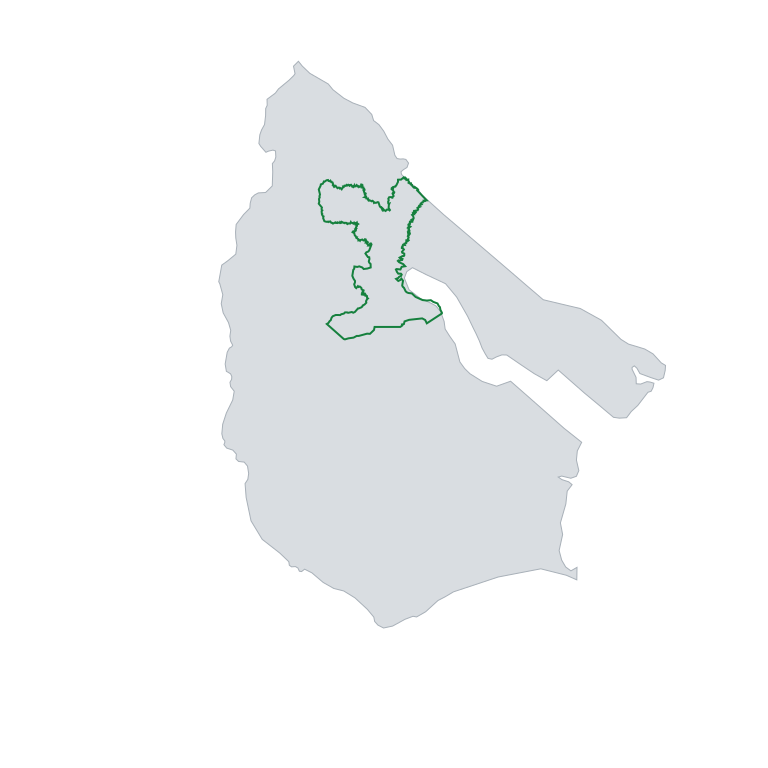 Tambacounda, Tambacounda, Senegal shown in context, rotated 220°
{"feature_id": "50182788B74600736318601", "entity_name": "Tambacounda", "entity_type": "district", "adm_level": 2, "iso_a3": "SEN", "parent_name": "Senegal", "parent_adm1": "Tambacounda", "projection": "orthographic", "projection_center": [-13.284, 13.521], "detail": "fine", "context": "in_parent", "style": "outline", "palette": "green", "viewbox_px": 768, "rotation_deg": 220, "n_neighbors": 0, "source": "geoboundaries", "source_scale": "gbopen_adm2", "svg_char_len": 9144}
<svg xmlns="http://www.w3.org/2000/svg" viewBox="0 0 768 768"><g transform="rotate(220 384 384)"><path d="M576.3,356.1L584.7,370.8L582.9,377.9L581.0,388.2L585.8,395.7L591.4,400.6L595.4,405.0L599.8,411.2L600.5,423.6L599.8,432.5L602.7,436.5L605.1,441.6L604.6,445.8L603.1,449.6L597.8,454.6L596.9,463.9L605.6,475.0L611.2,481.1L611.2,484.6L612.8,488.4L616.9,492.8L619.4,491.8L622.2,488.1L623.4,485.6L630.9,486.7L634.4,487.8L639.3,495.1L641.1,499.9L642.3,506.0L647.3,513.6L651.7,519.0L652.6,522.4L656.6,526.9L654.2,537.0L654.5,542.2L652.0,555.8L651.4,562.2L651.6,564.5L657.6,569.3L657.0,576.2L651.0,575.0L640.5,574.3L619.5,578.0L612.3,576.6L598.5,577.1L588.7,579.2L576.3,583.7L566.6,582.6L561.3,579.1L554.5,579.4L546.7,577.5L538.4,574.1L530.9,572.4L522.7,566.2L518.9,565.1L516.2,566.7L514.0,568.8L511.6,570.1L507.2,569.0L505.6,564.7L506.9,560.6L507.4,557.5L505.3,555.8L500.3,555.3L492.3,555.3L479.3,554.0L476.4,553.2L447.4,552.1L417.4,551.9L391.9,551.7L359.8,551.4L337.2,551.1L316.2,550.9L299.8,559.1L282.1,568.0L258.4,572.6L231.2,570.5L222.4,571.7L213.4,575.6L206.7,578.4L197.3,580.0L185.2,578.4L180.3,579.2L177.3,575.1L173.9,568.4L176.1,563.5L183.6,560.5L194.7,556.5L200.5,558.7L203.9,558.8L204.6,556.2L203.5,554.8L195.2,551.1L190.9,546.3L187.3,549.0L184.1,554.8L181.5,556.5L177.7,558.1L175.6,554.1L174.7,550.2L176.5,547.3L175.8,530.7L176.9,521.9L176.5,514.1L181.8,509.1L186.8,506.0L206.3,506.0L224.4,505.9L241.8,506.3L259.5,506.7L261.4,491.2L267.1,490.1L275.5,488.5L291.2,486.8L308.6,485.1L312.4,482.1L315.3,477.0L317.2,472.4L320.8,470.5L325.6,472.1L332.0,474.6L338.6,478.3L346.2,481.9L351.3,484.1L363.4,489.6L384.2,497.3L401.3,500.4L422.0,494.9L437.0,491.4L438.8,484.7L436.5,478.2L425.4,472.3L410.3,472.9L405.7,474.5L398.6,476.4L394.4,477.2L387.2,475.8L378.2,470.6L372.5,465.4L364.6,462.9L355.2,460.4L340.1,449.7L332.2,447.7L324.8,447.1L310.4,449.1L296.3,454.7L288.8,467.5L274.8,467.2L245.0,466.5L217.7,465.8L195.1,466.4L192.9,457.0L187.7,449.4L179.1,442.9L177.3,437.0L180.3,431.9L188.7,427.7L190.7,424.7L186.3,425.1L179.6,427.8L175.2,427.8L174.8,419.7L167.6,409.0L159.6,391.0L150.4,383.5L142.8,369.0L134.7,363.3L127.2,360.6L120.7,361.0L118.3,367.6L110.4,357.9L121.4,354.7L145.1,343.2L172.5,309.5L197.2,269.4L200.5,260.0L203.5,252.8L205.7,236.3L209.3,226.5L212.5,224.7L216.7,217.2L221.8,204.1L227.5,196.8L233.7,195.4L238.5,196.1L242.0,198.9L252.0,200.7L268.8,201.5L281.8,199.6L291.0,195.1L303.0,192.9L317.9,193.0L325.8,191.1L326.6,187.3L328.5,186.2L331.6,187.7L334.5,187.2L337.3,184.5L340.0,184.3L342.7,186.7L355.2,187.5L377.4,186.7L397.9,193.7L416.7,208.5L426.4,218.4L427.0,223.4L430.1,228.4L435.8,233.4L440.9,234.3L445.6,231.2L449.3,231.5L452.0,235.4L457.3,236.2L463.3,233.8L467.6,234.6L468.4,236.9L469.4,238.1L472.3,238.7L476.2,241.6L481.7,249.5L486.1,260.4L489.6,274.5L494.1,282.2L499.8,283.4L503.1,286.3L503.7,289.6L505.4,291.9L508.1,293.2L512.9,292.4L518.5,297.2L524.5,307.5L525.5,312.1L524.6,314.6L524.9,316.5L529.0,318.2L532.8,321.6L535.9,326.6L542.6,331.1L552.9,335.1L560.3,340.9L564.9,348.8L574.3,355.3L576.3,356.1Z" fill="#d9dde1" stroke="#a8b0b8" stroke-width="1"/><path d="M466.4,393.2L443.7,392.6L442.6,393.1L440.6,396.1L437.1,400.0L435.8,403.3L434.3,404.5L429.3,411.7L427.0,413.4L426.4,419.0L427.9,421.7L408.2,438.2L407.6,440.6L408.5,441.2L407.3,442.7L408.5,445.2L406.0,449.3L396.9,458.8L393.6,459.5L390.2,458.0L385.0,475.2L385.4,475.8L388.5,477.1L390.5,478.8L392.2,479.0L394.8,480.1L399.0,478.6L402.0,478.3L404.8,475.5L408.4,473.1L415.8,471.0L420.9,471.3L423.8,469.4L425.4,468.9L426.9,468.9L430.5,470.5L432.3,470.6L433.4,471.2L435.8,475.3L438.4,475.9L438.4,474.1L439.3,472.1L442.3,472.3L441.2,474.5L441.3,475.8L440.4,477.8L440.8,479.2L441.9,479.4L444.0,477.7L446.1,478.2L448.5,479.4L448.2,480.2L445.0,482.3L445.8,485.1L443.5,487.8L446.3,488.2L450.7,487.0L452.5,487.2L452.4,488.0L451.7,488.3L449.8,490.7L450.2,491.7L452.6,490.7L453.3,490.8L452.1,493.9L451.1,494.7L451.1,495.5L452.3,496.9L454.4,496.3L455.2,496.8L455.2,499.8L456.5,500.1L457.7,499.6L458.3,500.4L458.0,501.3L458.7,502.0L458.9,502.9L457.7,503.7L458.5,503.9L458.6,504.7L457.7,505.5L457.6,506.3L458.2,506.7L458.2,507.6L458.8,507.9L458.6,508.3L458.0,507.8L457.8,508.6L458.4,508.8L457.6,509.2L457.5,510.0L459.6,510.2L459.1,510.4L459.1,511.9L460.0,512.5L460.4,512.4L460.6,514.4L461.3,513.8L461.5,514.3L460.9,515.0L461.1,516.1L461.9,516.4L462.8,515.3L463.4,515.8L462.9,516.6L462.9,517.4L463.7,517.2L464.2,517.5L463.9,518.3L464.8,519.1L466.1,518.9L466.1,519.6L465.4,519.9L464.9,521.5L465.9,521.4L466.5,520.7L467.8,521.8L467.8,522.3L467.0,523.2L467.6,524.0L467.6,524.8L468.3,524.6L468.5,525.0L466.6,526.5L467.1,527.2L467.9,527.2L468.1,526.7L468.6,527.2L468.0,528.7L467.4,528.6L467.9,530.2L469.9,531.5L471.2,531.6L470.9,533.0L471.3,533.3L470.3,533.6L471.9,535.0L472.3,535.9L471.6,536.6L470.0,535.7L470.0,536.1L470.9,536.5L471.0,537.5L469.9,538.7L470.2,539.9L471.5,540.3L470.6,542.4L471.4,542.0L471.7,543.2L471.3,544.1L471.6,545.2L471.0,545.1L470.7,545.7L471.7,545.7L471.6,547.5L471.0,548.0L471.3,549.2L470.6,550.0L471.2,550.2L469.3,552.1L481.6,553.5L482.2,554.2L482.7,553.6L483.1,553.7L482.8,554.7L483.8,555.0L486.9,554.7L486.6,554.0L487.4,553.6L489.9,554.0L490.5,554.5L491.4,554.1L492.3,555.0L493.1,554.1L494.5,553.9L494.6,554.8L496.1,555.4L496.8,556.2L497.5,555.1L498.5,555.5L498.5,554.8L500.3,555.6L500.5,554.7L501.2,555.2L501.7,555.1L502.3,551.6L504.6,549.5L503.2,547.8L502.2,543.8L502.5,543.2L502.2,542.5L503.6,540.8L502.9,539.9L503.9,539.5L504.0,539.0L503.4,538.1L501.5,538.2L500.4,537.5L499.4,537.5L499.1,536.5L500.0,535.8L499.9,535.4L497.5,534.2L497.7,532.4L496.6,531.7L498.0,532.1L498.8,531.7L500.1,530.4L499.8,528.7L498.5,527.8L498.0,526.3L496.8,525.1L496.1,524.9L495.8,525.5L495.4,524.3L493.6,521.8L491.3,521.1L491.3,520.7L491.8,520.8L493.9,519.5L494.0,517.6L495.1,517.5L495.8,516.7L495.9,517.2L496.4,517.3L496.7,516.5L497.3,516.3L498.0,516.9L497.7,517.6L498.7,517.7L499.0,517.2L499.9,517.7L500.4,517.2L501.4,517.4L505.0,519.6L505.7,519.3L506.7,517.5L507.6,517.1L508.0,516.3L508.7,516.9L510.5,517.0L510.9,516.0L512.3,515.8L513.5,514.7L514.1,515.3L514.8,514.9L515.6,515.8L516.8,514.8L517.6,515.4L518.9,514.7L518.4,516.1L520.3,516.7L520.3,518.0L520.8,518.2L521.5,517.6L523.3,518.7L523.5,519.8L524.0,520.0L524.5,519.5L525.0,520.1L524.6,520.7L525.6,520.9L526.1,521.3L527.1,520.5L528.3,522.5L529.3,522.5L529.7,522.1L528.7,521.2L528.8,520.5L529.4,520.1L530.0,520.6L529.3,519.4L530.8,519.1L530.6,518.5L532.8,518.8L532.7,517.2L533.4,516.9L534.2,517.2L533.7,516.2L534.0,515.2L534.9,515.6L535.2,514.8L537.2,515.5L537.9,514.7L537.6,514.4L537.7,513.7L539.5,513.6L539.7,512.5L540.7,512.4L540.6,511.2L541.8,510.5L541.7,509.5L542.2,509.1L541.5,508.7L541.9,507.9L541.6,506.0L542.6,506.2L543.4,505.4L543.9,505.9L544.9,505.4L545.5,504.1L547.9,504.6L547.8,504.3L548.7,504.1L548.9,502.9L549.7,503.1L550.0,503.9L551.1,503.5L551.5,504.4L552.9,505.3L553.9,504.8L554.3,505.2L555.0,504.8L555.7,505.2L555.8,504.5L557.1,503.9L558.0,504.3L559.0,503.1L559.6,500.7L560.2,500.5L559.6,498.1L560.7,496.3L560.0,495.1L559.0,491.1L554.8,488.0L554.2,486.4L553.3,485.8L552.7,483.9L550.7,482.0L549.9,480.2L545.0,479.3L544.4,478.0L543.4,477.2L542.9,477.3L542.8,476.2L541.3,474.7L540.6,474.6L540.4,473.9L538.7,473.3L538.0,473.5L537.3,472.0L534.3,470.4L532.4,471.2L531.7,472.0L530.8,472.2L530.6,473.1L530.0,473.3L529.6,474.0L527.9,473.6L527.1,474.2L526.2,474.1L525.1,476.7L524.7,476.8L524.5,476.4L523.5,477.1L523.5,477.7L523.0,477.6L522.6,478.4L521.6,478.9L521.7,479.5L520.9,479.2L520.3,480.1L520.8,480.2L520.8,481.0L517.8,481.7L517.7,482.3L516.3,483.3L515.7,482.9L515.1,483.5L514.7,483.3L514.4,484.2L513.1,485.1L513.5,486.7L512.7,486.4L511.3,487.3L510.5,487.1L510.0,487.5L510.4,488.5L509.6,488.5L509.1,489.2L508.8,488.8L508.6,490.2L508.1,489.8L506.7,489.9L507.1,488.7L506.7,488.2L507.5,487.9L506.5,487.5L506.1,485.8L505.2,485.5L505.7,484.0L505.2,483.8L504.8,484.3L504.4,483.8L504.2,483.1L504.9,482.1L504.6,481.6L505.7,481.2L505.7,480.1L503.7,480.4L501.8,479.0L500.7,479.1L499.6,478.5L499.2,478.8L499.1,478.2L497.0,478.4L496.1,477.7L496.0,478.4L494.5,478.3L494.7,479.0L493.4,480.8L492.1,480.7L491.2,481.4L491.6,482.7L490.9,483.0L490.1,482.4L489.3,481.1L489.0,482.2L487.5,482.2L487.4,480.5L485.3,480.7L485.1,479.9L484.4,480.5L484.9,481.4L484.8,482.9L484.3,483.3L483.3,482.9L481.2,476.8L481.2,475.4L482.2,473.5L482.1,472.0L477.9,470.9L476.8,471.6L475.5,470.4L474.5,468.2L473.4,467.5L471.4,467.3L469.1,464.7L471.0,461.7L473.5,459.0L475.5,459.3L478.6,458.2L479.7,456.5L482.2,455.0L480.9,453.1L480.9,451.7L477.8,446.5L475.1,445.1L472.4,444.3L471.4,442.9L471.0,441.3L468.5,439.7L466.9,439.6L466.9,442.2L465.8,442.0L465.2,443.1L463.2,443.1L461.9,442.1L459.8,442.6L459.5,441.9L459.7,441.3L459.0,441.1L459.3,439.7L458.6,439.3L458.8,438.6L458.5,438.3L457.1,439.2L457.4,440.2L456.7,440.0L456.5,440.9L455.4,440.6L455.0,439.7L453.6,440.4L452.4,439.2L451.3,439.2L451.5,438.1L451.0,435.9L449.8,434.9L450.0,432.3L450.8,430.4L450.4,429.6L450.6,428.2L452.1,425.4L452.5,425.2L452.6,420.5L453.4,418.8L454.9,418.5L457.3,415.4L458.2,415.2L459.9,413.8L460.0,412.1L461.6,410.0L461.8,408.7L465.3,405.9L466.8,403.0L466.8,401.2L465.8,398.6L466.1,397.2L465.8,395.0L466.4,393.2Z" fill="none" stroke="#15803d" stroke-width="2"/></g></svg>